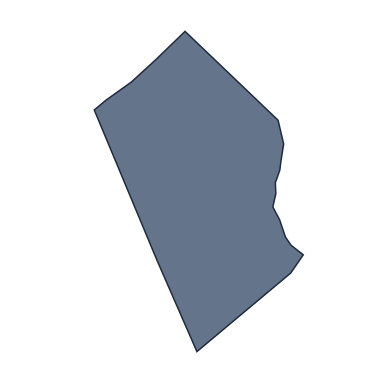 Passagem, Rio Grande do Norte, Brazil (orthographic projection), rotated 134°
{"feature_id": "56859067B23465886622535", "entity_name": "Passagem", "entity_type": "district", "adm_level": 2, "iso_a3": "BRA", "parent_name": "Brazil", "parent_adm1": "Rio Grande do Norte", "projection": "orthographic", "projection_center": [-35.404, -6.284], "detail": "fine", "context": "isolated", "style": "filled", "palette": "slate", "viewbox_px": 384, "rotation_deg": 134, "n_neighbors": 0, "source": "geoboundaries", "source_scale": "gbopen_adm2", "svg_char_len": 402}
<svg xmlns="http://www.w3.org/2000/svg" viewBox="0 0 384 384"><g transform="rotate(134 192 192)"><path d="M93.8,159.4L80.6,179.9L81.3,308.6L122.2,310.0L154.9,312.0L185.9,317.7L200.9,319.3L265.6,169.4L303.4,77.6L181.7,64.7L159.9,68.3L161.5,83.5L159.5,93.5L151.2,109.5L146.6,123.5L135.1,130.4L127.4,138.5L115.3,144.0L107.7,149.7L93.8,159.4Z" fill="#64748b" stroke="#1e293b" stroke-width="1.5"/></g></svg>